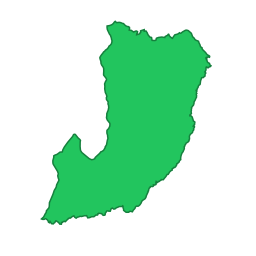 outline of Muong Khuong, Lào Cai, Vietnam, rotated 187°
{"feature_id": "81297802B9711168823282", "entity_name": "Muong Khuong", "entity_type": "district", "adm_level": 2, "iso_a3": "VNM", "parent_name": "Vietnam", "parent_adm1": "Lào Cai", "projection": "natural_earth1", "projection_center": [104.124, 22.685], "detail": "fine", "context": "isolated", "style": "filled", "palette": "green", "viewbox_px": 256, "rotation_deg": 187, "n_neighbors": 0, "source": "geoboundaries", "source_scale": "gbopen_adm2", "svg_char_len": 5756}
<svg xmlns="http://www.w3.org/2000/svg" viewBox="0 0 256 256"><g transform="rotate(187 128 128)"><path d="M164.2,193.3L163.0,190.7L162.7,188.9L161.8,187.3L160.1,185.4L159.4,184.1L159.0,181.4L158.8,178.3L158.6,177.5L156.0,174.9L155.2,173.7L155.3,172.7L155.9,171.7L156.6,168.9L156.0,166.3L155.9,164.1L154.8,160.4L153.6,158.6L152.8,156.7L153.2,155.5L152.8,153.6L150.9,151.6L150.8,149.4L150.1,148.1L149.6,145.7L149.8,144.4L149.8,143.3L150.3,141.7L150.8,139.5L150.6,138.2L150.6,135.5L149.6,133.5L146.7,130.6L146.4,129.8L146.3,127.6L146.7,126.4L147.2,124.9L148.2,123.8L148.6,122.8L148.3,120.3L147.3,118.1L147.1,116.7L146.6,115.5L147.0,113.4L147.3,108.6L148.4,106.4L148.2,105.7L148.6,105.1L149.2,103.5L149.6,102.8L150.9,101.6L152.1,101.0L153.1,99.3L157.0,94.7L157.2,93.5L158.8,92.5L160.3,92.1L162.7,92.8L170.8,98.0L172.3,99.8L172.6,100.7L173.3,103.8L173.8,108.7L173.6,109.6L174.0,110.3L174.5,110.8L176.4,112.1L179.4,115.1L179.9,115.3L180.7,115.2L181.3,114.7L181.9,112.9L186.0,106.6L188.9,101.3L190.0,98.4L190.3,96.3L190.7,96.1L192.5,95.8L195.1,93.3L197.5,92.0L198.3,91.3L198.1,90.0L198.6,86.5L198.4,84.9L198.1,83.6L197.7,82.8L192.8,76.6L191.9,74.9L191.6,74.0L191.9,72.3L191.8,71.7L191.2,70.0L190.3,68.2L190.2,67.7L191.9,62.9L192.1,60.4L193.6,57.0L194.4,53.0L196.9,44.3L196.6,40.7L196.8,39.1L198.9,35.9L198.9,34.1L199.5,33.2L200.9,29.4L202.8,27.2L202.2,27.0L201.5,26.9L200.1,27.1L199.0,27.9L198.5,27.9L196.7,26.9L195.9,25.9L195.5,24.9L194.5,24.4L194.0,25.8L193.1,24.8L192.6,24.0L192.2,23.7L190.5,23.7L189.7,24.8L189.1,25.2L188.5,26.9L188.1,27.1L187.6,27.0L187.0,26.5L186.3,26.3L184.7,25.1L184.0,24.3L182.4,24.4L182.3,24.8L182.5,25.9L182.5,26.1L181.8,26.5L181.4,26.4L180.9,27.2L179.8,27.7L179.1,27.3L178.7,27.4L177.6,29.0L176.4,30.3L176.2,31.0L175.3,31.3L174.7,31.8L174.1,31.6L172.8,33.1L171.1,34.2L170.8,34.1L170.3,33.3L169.8,32.8L168.5,32.2L168.2,32.4L167.6,33.2L165.8,33.9L165.0,34.5L163.3,34.5L160.3,35.7L159.1,35.7L158.4,36.0L157.0,33.9L155.1,34.4L153.3,35.5L151.0,35.8L149.2,37.7L147.9,37.8L147.4,38.2L147.3,38.4L147.5,39.2L146.7,39.8L143.6,39.8L143.0,39.0L142.0,38.3L140.9,38.5L140.2,38.9L140.1,39.6L140.2,40.7L139.7,41.3L139.1,42.9L138.0,43.3L137.2,43.1L135.4,43.3L135.0,45.5L134.7,46.0L133.7,46.6L132.4,45.8L132.0,45.8L130.8,46.3L130.4,46.8L129.5,47.7L128.5,48.0L127.5,48.9L124.7,49.3L124.1,49.6L123.8,50.1L123.4,49.8L123.3,48.5L122.5,46.9L122.3,45.7L119.8,44.2L118.8,44.2L117.0,44.5L116.1,45.5L115.7,45.6L113.4,45.4L112.8,47.0L111.3,49.0L111.1,50.2L110.6,51.0L109.8,51.6L109.0,51.5L108.1,51.8L106.9,53.1L105.9,55.0L105.3,57.1L104.6,58.0L102.5,59.8L101.8,61.2L101.5,63.2L100.3,66.9L100.5,67.6L100.0,68.0L99.9,69.7L99.5,71.1L98.8,71.6L98.7,72.5L98.4,72.7L96.3,72.9L95.8,73.4L95.5,73.9L95.8,74.7L94.6,74.7L93.5,75.2L93.2,76.0L93.7,76.8L93.5,78.3L92.6,77.5L92.3,77.4L91.7,77.9L91.4,78.6L90.6,78.7L89.7,79.7L88.9,80.1L88.7,80.9L86.8,80.9L86.5,81.1L86.1,82.0L84.5,84.4L83.5,86.7L82.5,86.9L81.9,88.1L81.5,89.2L80.9,90.0L80.2,90.8L79.0,91.6L79.2,92.9L78.4,93.4L77.7,94.4L76.9,94.4L76.0,95.4L75.7,96.0L75.6,96.7L75.2,97.2L75.2,98.5L74.3,98.9L73.9,99.8L73.0,100.6L73.0,101.5L72.6,102.2L71.8,103.0L72.1,104.6L72.0,106.9L71.4,109.6L70.6,110.9L70.3,111.7L70.2,112.5L69.8,113.2L69.6,114.9L70.0,116.1L69.5,116.8L69.3,118.1L68.8,118.9L68.5,120.0L66.6,121.5L66.3,122.4L65.8,122.7L66.0,123.5L65.6,124.6L66.1,127.4L65.3,129.5L64.2,130.4L63.4,131.6L63.3,132.9L62.5,134.2L62.8,135.4L62.1,137.2L62.3,137.6L63.5,137.8L63.0,138.8L62.4,139.3L62.3,139.6L62.5,140.4L62.3,141.1L62.4,142.1L63.2,142.6L63.8,142.7L65.6,146.7L66.6,147.6L67.5,147.8L68.0,147.6L68.2,148.1L68.0,148.8L66.9,149.8L66.8,150.1L67.4,152.0L67.2,152.8L67.4,154.3L67.2,155.2L67.5,156.1L66.6,157.2L66.5,157.9L65.8,158.6L65.5,160.4L65.6,161.9L64.7,164.0L64.2,165.9L63.8,166.6L63.9,168.7L64.2,169.1L64.3,169.7L64.3,170.4L64.0,170.6L64.3,170.9L64.5,172.5L64.2,172.9L64.9,173.5L65.0,173.7L64.9,173.9L64.2,174.1L64.1,175.5L63.4,176.9L63.4,177.8L62.8,179.2L62.2,179.5L61.7,180.3L61.7,183.7L61.0,186.9L59.3,187.3L59.1,187.6L58.6,188.4L57.9,188.9L58.1,190.8L57.5,192.0L57.9,192.7L58.6,193.0L58.0,194.1L57.7,195.0L57.9,197.8L57.7,198.1L57.3,198.2L56.3,197.5L55.8,197.5L54.7,198.7L54.1,198.8L53.6,199.1L53.2,199.9L53.8,200.2L54.4,200.7L55.0,202.1L56.2,202.5L57.3,203.3L57.8,204.6L58.5,205.2L58.5,205.4L58.1,205.8L58.1,206.1L58.9,206.4L59.1,206.7L59.1,207.4L58.8,207.7L58.0,207.7L57.1,208.3L55.8,208.1L55.6,208.7L55.8,209.3L57.0,210.0L57.5,209.9L58.1,210.3L59.2,211.2L60.1,212.3L63.6,215.0L64.1,215.7L64.3,216.7L65.4,217.2L66.0,217.7L66.3,218.3L66.6,219.2L68.1,221.5L68.6,222.7L71.8,223.6L72.6,224.3L73.1,225.1L75.0,226.5L76.6,229.6L77.0,230.0L78.8,231.2L79.0,231.2L79.5,231.7L80.0,232.0L81.6,232.3L82.9,232.0L85.5,230.1L87.1,228.5L87.7,228.4L88.6,228.8L89.0,228.2L90.3,227.2L92.7,226.3L93.0,226.0L94.2,223.8L94.8,222.4L95.2,222.5L97.4,223.8L98.2,224.6L98.9,225.9L99.4,226.0L100.1,224.8L102.2,223.4L102.5,222.8L102.5,222.3L105.5,222.4L108.7,221.6L110.7,220.6L110.9,219.8L110.8,218.9L111.8,218.1L114.3,217.9L114.8,217.9L115.6,220.6L115.9,220.8L117.4,220.9L119.6,223.1L120.6,224.9L122.0,226.5L123.7,226.0L123.9,227.6L127.2,226.1L127.4,225.8L127.1,225.2L127.1,224.4L127.8,223.7L127.9,222.9L130.8,221.6L130.8,222.7L130.4,223.4L130.2,224.7L131.2,225.3L132.2,225.1L134.2,224.0L136.6,225.3L138.7,225.3L138.6,227.4L138.9,228.2L139.4,228.2L140.0,228.7L141.3,228.7L143.0,229.3L145.2,231.1L146.5,231.2L148.0,231.7L149.6,231.8L152.2,231.2L153.7,232.3L154.5,231.4L155.3,229.9L156.7,228.5L158.6,227.5L161.2,226.7L161.0,225.0L160.5,223.2L157.9,219.0L156.7,217.8L155.5,215.3L155.1,213.9L154.5,212.7L154.5,210.9L154.9,209.2L155.8,207.9L156.8,207.0L157.2,205.7L157.9,204.5L158.6,203.6L159.9,202.5L160.6,201.2L161.5,200.5L162.2,199.0L163.1,197.7L164.2,195.5L164.5,194.4L164.2,193.3Z" fill="#22c55e" stroke="#15803d" stroke-width="1.5"/></g></svg>